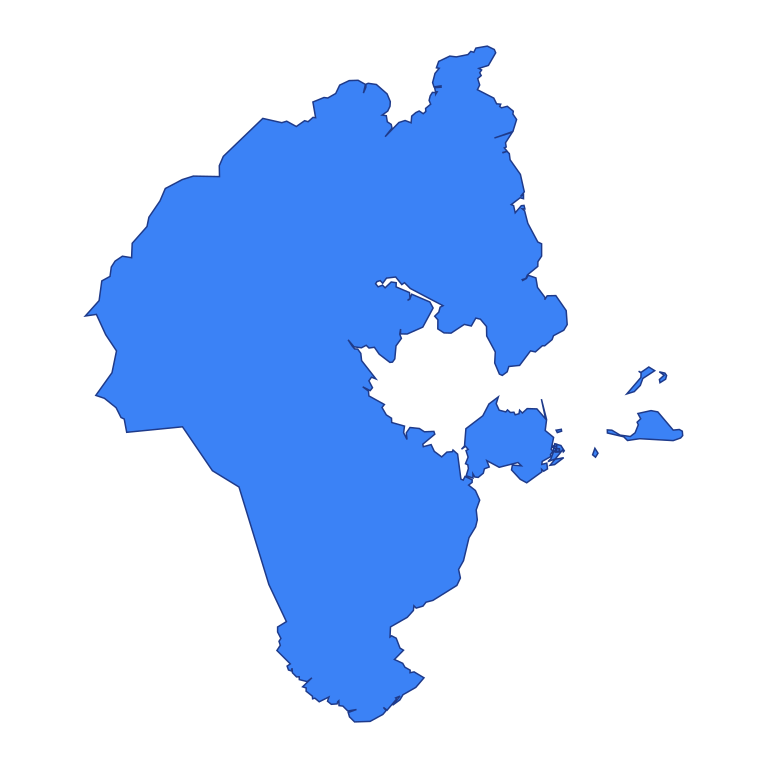 outline of Madolenihmw, Pohnpei, Federated States of Micronesia
{"feature_id": "79324940B7707198476683", "entity_name": "Madolenihmw", "entity_type": "district", "adm_level": 2, "iso_a3": "FSM", "parent_name": "Federated States of Micronesia", "parent_adm1": "Pohnpei", "projection": "mercator", "projection_center": [158.314, 6.859], "detail": "fine", "context": "isolated", "style": "filled", "palette": "blue", "viewbox_px": 768, "rotation_deg": 0, "n_neighbors": 0, "source": "geoboundaries", "source_scale": "gbopen_adm2", "svg_char_len": 6082}
<svg xmlns="http://www.w3.org/2000/svg" viewBox="0 0 768 768"><path d="M276.9,650.5L290.3,663.9L287.1,666.1L288.5,670.0L291.2,670.9L292.1,668.2L292.4,672.7L296.5,676.9L299.2,676.8L299.3,679.6L307.2,681.6L311.9,677.8L302.6,686.8L306.2,688.0L306.1,691.2L312.4,696.2L312.6,698.8L314.9,698.2L319.2,701.8L328.9,697.0L327.5,701.2L331.3,704.3L337.1,703.9L337.7,701.7L338.8,700.7L339.0,705.6L342.9,706.1L347.8,711.0L356.5,709.5L348.2,712.5L349.5,716.9L354.6,721.9L370.1,721.4L382.9,714.4L386.1,710.6L383.4,707.4L387.1,710.2L396.6,699.0L395.6,697.9L400.0,696.1L392.6,705.2L399.9,699.9L403.0,694.7L415.8,687.4L424.0,677.8L414.1,671.9L410.0,672.7L410.2,670.2L404.9,667.2L402.7,663.3L394.4,659.5L403.5,650.2L400.0,648.1L396.2,638.2L391.6,635.8L390.0,637.0L390.5,626.9L407.3,617.3L413.4,610.5L413.9,605.8L416.2,608.1L423.0,606.1L426.0,602.2L432.9,600.4L456.9,585.4L460.4,578.0L458.6,569.4L463.5,560.7L469.0,537.7L475.6,526.9L477.3,519.9L476.2,509.9L479.7,500.1L475.4,490.5L468.6,485.1L472.1,482.4L472.2,479.8L465.0,476.5L463.2,480.1L460.9,479.1L457.6,454.1L453.0,450.0L452.3,451.7L446.9,452.1L441.7,456.9L434.3,451.4L431.1,444.6L423.3,446.7L422.8,444.2L434.8,434.2L433.9,431.4L424.4,431.8L419.4,428.5L410.0,427.5L406.3,432.9L407.0,439.5L403.6,432.7L404.5,426.1L391.7,422.5L391.5,418.2L386.3,414.9L382.0,407.5L384.4,404.5L368.9,395.9L368.5,391.1L362.7,386.8L370.2,390.6L372.5,387.7L368.9,380.8L371.5,377.2L375.9,378.9L361.6,360.6L360.8,353.4L357.7,349.1L354.6,348.9L352.0,345.8L348.1,339.8L354.0,346.8L361.4,347.8L366.2,345.3L369.0,348.0L374.4,347.3L379.2,354.2L389.9,362.4L392.5,362.1L394.8,358.9L396.0,345.9L401.4,338.4L399.7,334.2L400.6,329.0L400.5,333.9L407.2,334.0L422.8,327.1L433.1,308.0L429.9,302.0L411.7,294.2L409.8,299.2L407.5,300.4L410.0,298.5L409.5,292.6L396.1,286.9L396.2,282.7L391.2,282.0L385.1,287.8L382.5,285.2L378.1,286.8L375.6,283.7L377.0,281.6L380.2,280.6L382.7,283.3L386.5,278.1L395.7,277.0L401.8,284.6L404.5,282.7L410.3,288.5L443.0,305.7L440.1,307.2L438.8,312.1L434.7,316.2L437.9,319.8L437.8,328.9L444.0,332.9L451.1,333.1L464.3,324.4L471.3,326.0L475.8,318.1L480.4,319.2L486.5,326.5L486.7,336.0L495.3,352.0L494.7,363.0L499.4,374.1L502.3,375.4L507.2,371.8L508.8,366.5L519.6,365.4L530.5,350.9L535.4,351.9L542.4,345.7L544.7,345.8L552.1,339.6L553.5,335.7L563.8,330.2L567.2,324.6L566.2,310.6L555.8,295.6L547.2,295.8L544.7,299.7L545.1,297.6L537.5,287.4L535.9,277.9L528.2,275.3L526.4,278.5L522.7,280.5L522.2,279.6L525.8,278.5L527.5,274.8L537.8,266.4L537.9,261.7L541.6,256.1L541.6,243.8L537.8,242.0L527.8,223.3L524.6,210.8L522.3,208.8L524.9,208.9L524.0,205.4L521.3,205.7L515.2,212.8L513.6,205.6L511.2,204.6L520.1,197.8L523.5,198.7L523.5,194.7L520.5,196.5L524.3,191.8L520.4,174.4L510.1,159.8L509.3,153.6L507.0,151.4L503.3,152.7L502.3,152.6L507.1,151.2L504.3,147.9L506.2,147.0L505.5,142.8L512.3,132.2L494.4,138.0L512.9,131.5L516.6,119.5L512.9,114.1L513.3,111.2L507.3,106.3L501.5,107.8L499.7,106.5L500.7,104.2L496.6,103.8L493.8,98.1L477.4,89.7L479.7,85.0L477.7,78.6L481.2,75.6L479.7,72.7L481.6,70.0L478.8,68.4L488.4,65.4L495.7,52.8L494.3,49.5L487.3,46.1L475.9,48.1L473.8,52.3L470.8,51.4L467.9,54.6L456.3,56.9L449.8,56.1L438.7,61.4L436.4,67.8L439.2,68.3L435.0,73.4L432.6,82.6L434.0,86.9L441.0,85.8L441.1,87.2L434.6,87.7L435.5,91.6L437.2,91.8L435.7,94.2L435.7,92.6L432.4,92.4L430.2,95.9L429.1,100.4L430.7,104.2L425.6,108.4L425.8,111.5L423.2,113.7L419.2,111.0L415.8,112.6L411.7,116.1L411.1,122.8L405.1,120.5L398.9,122.5L385.1,136.7L392.0,128.1L391.2,124.4L387.3,121.8L386.3,115.7L382.1,115.1L387.7,111.1L390.0,106.3L390.3,101.6L387.1,93.9L376.4,84.5L368.2,83.3L366.0,84.2L365.8,87.5L363.4,93.1L365.4,84.4L358.1,80.3L349.2,80.6L339.7,85.1L335.7,93.5L327.8,98.0L324.0,97.5L312.9,102.0L315.6,117.7L313.0,117.4L308.1,121.7L304.6,120.7L296.3,126.5L286.7,121.2L281.8,122.7L262.8,118.4L223.3,156.4L219.3,165.7L219.5,176.6L193.3,176.1L182.2,179.6L165.3,188.5L160.0,200.9L148.9,217.2L147.0,226.5L132.2,243.3L131.6,257.7L122.4,256.2L115.1,261.1L111.3,267.0L110.0,276.4L101.8,280.9L99.1,300.6L85.3,316.0L96.4,314.4L105.7,334.7L116.5,350.9L112.0,372.7L95.8,395.4L104.4,398.3L116.1,407.7L121.0,417.5L124.2,419.0L126.7,432.3L182.5,426.8L212.4,470.7L239.0,487.0L268.9,584.6L286.4,621.6L277.6,627.0L277.6,632.0L280.9,638.4L279.0,641.3L280.3,645.3L276.9,650.5ZM499.2,410.2L496.2,403.7L498.3,396.9L489.0,403.9L482.8,415.8L465.9,428.7L464.5,446.0L461.5,449.2L465.5,446.3L468.2,449.4L466.0,450.6L468.1,457.1L465.5,463.7L467.8,464.8L468.4,468.5L466.2,475.7L473.0,478.1L472.9,473.8L474.8,477.0L478.2,477.4L483.3,473.2L484.4,468.8L489.2,467.0L486.8,460.6L499.2,467.3L518.0,462.5L521.4,465.8L512.4,465.1L511.5,469.9L520.2,479.3L526.7,482.8L541.9,471.8L541.6,469.3L543.7,471.2L547.5,468.9L546.8,463.1L541.8,464.4L542.2,461.4L550.9,456.5L550.4,454.6L552.9,451.0L551.2,449.5L553.6,437.4L545.2,430.5L546.6,419.6L541.4,399.1L545.6,418.9L536.9,408.9L527.2,408.6L522.4,413.0L519.6,410.2L519.0,413.7L515.2,414.8L513.9,412.2L510.4,412.5L507.5,409.9L505.8,411.9L499.2,410.2ZM657.8,411.9L651.0,410.6L637.9,413.5L640.7,418.8L637.1,422.2L638.3,424.8L635.1,432.8L630.3,436.5L620.1,435.1L611.9,430.2L607.3,429.9L607.4,433.0L623.7,436.8L627.5,440.5L639.7,438.7L673.2,440.6L680.6,438.0L682.7,435.6L682.3,431.2L679.3,429.5L673.2,430.1L657.8,411.9ZM648.8,367.0L641.0,372.4L638.6,371.2L641.1,373.0L640.9,377.5L626.8,393.9L634.3,391.6L640.3,385.4L642.8,378.5L654.7,370.7L648.8,367.0ZM564.3,450.8L560.9,445.5L556.9,444.4L556.5,448.5L559.4,448.7L559.8,451.1L559.1,452.0L555.6,452.2L553.7,451.4L550.9,458.8L548.0,461.6L555.3,458.9L562.7,449.8L563.3,451.9L564.3,450.8ZM664.9,373.1L659.3,371.8L664.1,375.2L659.4,379.5L660.0,382.7L665.6,379.2L666.6,375.5L664.9,373.1ZM563.7,457.7L555.0,459.3L550.0,465.3L554.6,464.6L563.7,457.7ZM595.5,457.2L598.0,453.2L594.9,448.3L592.6,454.8L595.5,457.2ZM561.3,429.3L556.1,430.2L557.3,432.6L561.6,431.2L561.3,429.3ZM559.6,451.0L559.2,448.9L556.4,448.8L556.2,451.4L559.6,451.0ZM555.4,451.2L555.9,448.6L553.8,448.2L553.1,450.5L555.4,451.2ZM554.1,446.6L556.0,446.9L556.6,444.1L554.8,443.7L554.1,446.6ZM552.3,447.3L553.9,447.5L553.2,446.1L552.3,447.3Z" fill="#3b82f6" stroke="#1e3a8a" stroke-width="1.5"/></svg>